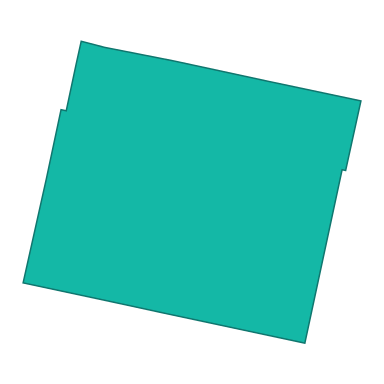 Allen, Kansas, United States of America (Natural Earth projection), rotated 192°
{"feature_id": "52423323B72287121319194", "entity_name": "Allen", "entity_type": "district", "adm_level": 2, "iso_a3": "USA", "parent_name": "United States of America", "parent_adm1": "Kansas", "projection": "natural_earth1", "projection_center": [-95.246, 37.885], "detail": "fine", "context": "isolated", "style": "filled", "palette": "teal", "viewbox_px": 384, "rotation_deg": 192, "n_neighbors": 0, "source": "geoboundaries", "source_scale": "gbopen_adm2", "svg_char_len": 355}
<svg xmlns="http://www.w3.org/2000/svg" viewBox="0 0 384 384"><g transform="rotate(192 192 192)"><path d="M331.7,316.4L331.9,292.9L331.9,245.3L337.2,245.3L337.2,174.5L338.3,68.0L242.3,67.9L193.8,67.7L50.2,67.6L49.8,245.0L46.2,245.0L45.7,316.2L141.6,316.1L236.4,316.4L307.6,315.3L331.7,316.4Z" fill="#14b8a6" stroke="#0f766e" stroke-width="1.5"/></g></svg>